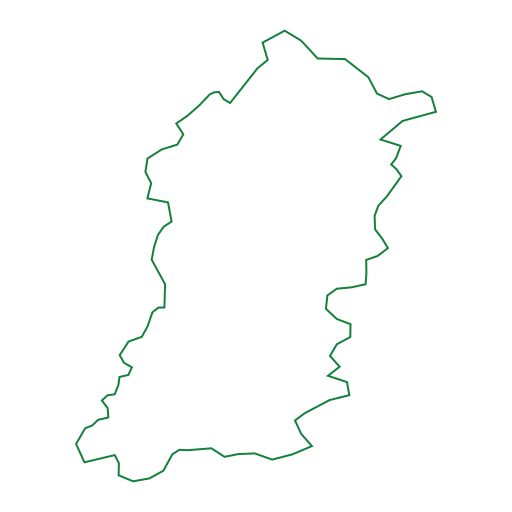 the Province of Shumen
{"feature_id": "BGR-2258", "entity_name": "Shumen", "entity_type": "Province", "adm_level": 1, "iso_a3": "BGR", "parent_name": "Bulgaria", "parent_adm1": "", "projection": "equal_earth", "projection_center": [26.96, 43.305], "detail": "fine", "context": "isolated", "style": "outline", "palette": "green", "viewbox_px": 512, "rotation_deg": 0, "n_neighbors": 0, "source": "natural_earth", "source_scale": "10m", "svg_char_len": 1412}
<svg xmlns="http://www.w3.org/2000/svg" viewBox="0 0 512 512"><path d="M84.4,462.3L76.1,443.9L85.2,428.2L92.1,425.6L98.1,419.8L108.3,417.5L107.7,408.2L101.9,400.5L107.4,395.3L114.7,394.3L118.4,385.0L119.5,377.0L128.4,374.9L131.9,367.3L124.0,362.8L119.7,355.2L128.5,341.6L141.8,336.8L147.6,326.3L152.4,312.3L158.4,307.6L164.4,307.5L165.1,284.3L151.7,259.7L154.0,247.3L158.0,234.8L163.7,226.7L171.6,221.5L168.0,202.4L147.4,198.4L151.2,183.2L145.4,171.9L147.5,158.5L161.8,149.4L177.3,144.6L183.3,134.3L176.3,123.5L187.0,116.1L199.3,105.4L209.7,94.4L214.2,92.3L219.0,92.0L223.7,99.2L230.1,103.0L257.4,68.4L267.7,59.9L262.6,42.6L284.6,30.7L301.2,40.7L317.7,58.5L345.1,59.1L368.4,77.3L377.0,93.6L389.0,99.1L405.4,94.2L422.0,91.3L431.6,97.0L435.9,111.8L402.6,120.9L380.5,139.5L400.7,145.9L396.1,158.1L391.2,164.5L396.1,168.8L401.4,176.2L386.7,196.6L378.4,205.6L374.6,215.8L375.1,229.4L382.3,238.8L387.9,248.1L377.7,255.9L366.2,259.9L366.4,273.6L365.6,284.2L351.3,287.4L336.8,288.7L327.4,295.4L325.9,308.8L336.8,319.0L350.5,324.2L350.3,337.0L336.8,344.3L330.0,355.9L339.6,366.7L328.0,375.8L347.0,382.1L349.3,395.2L329.7,400.0L304.7,413.2L295.0,420.5L301.2,433.9L311.9,446.1L292.3,454.4L272.2,459.6L254.7,453.4L238.2,454.1L224.5,456.8L211.4,448.3L187.8,450.2L179.5,449.8L172.4,454.2L163.4,470.7L149.4,478.4L133.1,481.3L118.6,475.3L118.9,463.2L114.7,455.1L84.4,462.3Z" fill="none" stroke="#15803d" stroke-width="2"/></svg>